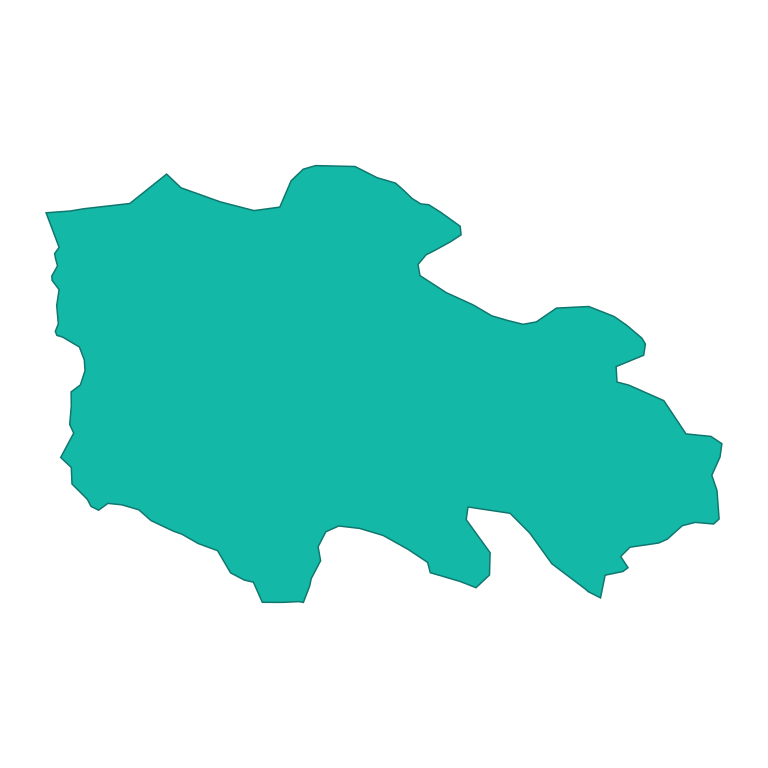 outline of Nkam, Littoral, Cameroon, rotated 90°
{"feature_id": "32672807B89475673783386", "entity_name": "Nkam", "entity_type": "district", "adm_level": 2, "iso_a3": "CMR", "parent_name": "Cameroon", "parent_adm1": "Littoral", "projection": "robinson", "projection_center": [10.192, 4.582], "detail": "fine", "context": "isolated", "style": "filled", "palette": "teal", "viewbox_px": 768, "rotation_deg": 90, "n_neighbors": 0, "source": "geoboundaries", "source_scale": "gbopen_adm2", "svg_char_len": 1792}
<svg xmlns="http://www.w3.org/2000/svg" viewBox="0 0 768 768"><g transform="rotate(90 384 384)"><path d="M597.9,167.5L583.7,164.6L575.2,162.9L571.5,145.1L567.7,140.0L556.5,147.3L547.2,138.0L543.0,109.3L539.1,100.6L525.7,85.7L522.4,72.8L524.0,54.4L519.0,48.9L490.5,51.0L475.3,56.2L457.1,48.0L443.7,46.1L436.4,57.1L433.9,82.0L400.7,104.1L385.2,139.0L382.0,151.0L366.6,151.9L355.2,124.3L344.1,122.6L338.4,125.9L336.8,127.7L324.9,141.8L316.5,153.9L306.5,179.3L308.1,211.6L321.9,231.7L324.3,244.9L323.3,248.9L320.4,260.6L315.8,276.3L305.0,294.7L292.6,321.8L275.6,348.0L264.5,350.0L254.8,341.9L250.0,332.5L241.7,317.4L234.8,306.9L226.3,307.8L212.4,327.1L204.7,339.3L203.9,347.2L198.5,355.9L190.8,363.8L183.1,372.5L177.7,390.9L166.5,413.0L165.6,452.4L169.2,464.8L180.8,476.9L207.1,488.2L210.6,514.0L201.8,547.9L187.8,587.0L174.1,601.4L203.5,638.2L208.7,683.9L211.0,697.8L212.8,721.9L219.5,719.4L225.8,717.0L247.3,708.9L253.6,713.4L259.2,712.3L265.9,710.5L276.0,716.2L280.4,715.9L289.6,708.9L305.4,711.3L324.0,709.7L331.4,712.7L335.4,711.1L337.0,705.6L347.0,688.6L359.9,683.7L370.7,683.0L384.9,687.6L391.9,696.9L405.8,696.7L424.5,698.3L433.1,694.3L451.6,704.2L457.5,707.3L467.5,696.7L484.0,696.0L499.3,680.7L506.5,676.9L510.2,669.4L503.4,660.1L504.8,646.3L509.8,629.2L514.8,623.5L520.6,617.0L531.3,594.3L534.2,586.1L535.8,583.3L543.5,569.9L550.7,550.4L572.9,537.4L580.1,523.6L582.2,514.6L602.3,505.7L602.4,486.0L601.6,469.1L602.4,464.6L594.5,461.6L586.3,458.4L578.7,456.8L560.7,447.4L546.8,449.9L531.8,442.2L527.4,432.4L526.0,429.2L528.4,408.5L535.4,385.0L549.5,359.7L562.4,340.4L572.7,337.7L581.4,308.1L587.7,292.0L575.0,278.5L552.7,277.9L519.6,301.8L507.0,300.0L513.3,257.9L533.1,238.2L563.8,216.1L589.9,181.6L591.6,179.9L597.9,167.5Z" fill="#14b8a6" stroke="#0f766e" stroke-width="1.5"/></g></svg>